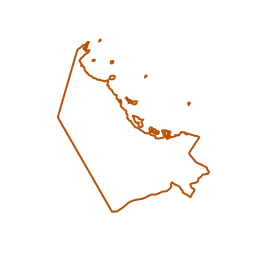 outline of Abu Dhabi, rotated 52°
{"feature_id": "ARE-349", "entity_name": "Abu Dhabi", "entity_type": "Emirate", "adm_level": 1, "iso_a3": "ARE", "parent_name": "United Arab Emirates", "parent_adm1": "", "projection": "robinson", "projection_center": [53.623, 23.935], "detail": "fine", "context": "isolated", "style": "outline", "palette": "amber", "viewbox_px": 256, "rotation_deg": 52, "n_neighbors": 0, "source": "natural_earth", "source_scale": "10m", "svg_char_len": 5890}
<svg xmlns="http://www.w3.org/2000/svg" viewBox="0 0 256 256"><g transform="rotate(52 128 128)"><path d="M212.5,91.1L213.1,92.5L213.3,93.5L212.1,94.6L211.8,96.3L211.3,96.9L210.8,97.6L210.9,98.6L211.4,100.7L211.3,103.3L211.5,104.1L211.7,104.4L212.6,105.0L212.9,105.5L213.0,105.9L212.9,108.2L212.6,108.9L211.0,112.0L210.6,112.9L210.7,113.6L211.2,113.9L213.8,114.5L214.6,114.5L216.9,113.5L218.2,114.1L218.8,115.8L219.3,117.9L220.9,120.9L220.4,121.7L217.8,122.3L212.9,124.5L212.1,124.4L211.0,123.5L210.3,123.6L209.6,123.9L208.9,123.9L207.6,123.7L206.2,123.6L205.0,123.9L203.8,124.4L201.8,125.6L200.0,126.3L198.2,126.6L198.0,127.3L198.4,128.2L199.1,128.9L200.6,129.9L201.3,130.9L201.5,132.4L201.7,136.0L201.5,136.7L199.5,139.8L199.2,140.6L197.8,146.7L197.2,147.6L195.6,149.4L194.9,150.7L194.4,152.3L193.5,157.2L192.6,160.2L188.6,167.7L187.3,172.4L187.2,173.8L187.5,180.9L187.0,188.0L184.3,191.9L183.6,192.1L77.5,176.9L76.5,176.6L75.6,175.8L36.1,121.0L35.5,119.9L35.2,118.6L35.4,114.2L35.1,112.4L36.0,111.0L36.0,108.8L35.3,107.1L36.1,106.1L36.5,106.9L37.4,108.3L37.6,109.3L37.6,112.1L37.8,113.8L38.4,114.2L39.0,113.5L39.4,111.3L39.7,111.9L40.1,113.4L40.4,113.9L40.6,114.0L41.0,114.1L41.3,114.0L41.6,113.7L41.5,113.4L42.3,111.3L43.1,110.7L43.9,112.1L44.0,113.1L43.6,116.2L43.6,117.4L44.2,119.8L44.1,122.0L44.2,122.5L44.6,123.5L44.7,123.9L45.1,124.8L46.1,125.1L48.2,125.1L48.7,125.3L49.0,125.5L50.1,126.6L50.5,126.6L50.6,126.3L50.3,126.0L50.3,125.4L51.2,125.3L53.6,125.4L53.8,125.3L54.1,125.4L54.7,126.0L56.0,126.6L58.1,126.3L58.8,126.5L59.2,126.2L59.7,126.5L60.3,126.1L62.5,126.1L63.2,125.8L64.8,124.8L65.6,124.7L66.9,124.7L67.4,124.5L69.0,123.0L70.3,122.6L71.1,122.3L71.8,121.8L72.3,120.7L73.6,120.1L75.5,118.4L76.2,118.0L76.8,117.8L77.3,117.4L77.5,115.1L78.3,114.6L79.1,114.9L79.8,115.6L81.3,117.8L81.7,118.0L82.0,117.6L82.4,117.4L83.4,117.5L85.1,118.0L86.0,118.1L86.5,118.0L87.9,117.4L88.4,117.4L89.3,117.8L92.9,118.1L94.8,117.4L95.0,117.2L95.1,116.8L95.4,116.8L95.6,116.9L95.9,117.4L97.2,118.5L97.9,118.9L99.6,118.1L100.5,118.5L101.3,118.9L102.0,118.8L101.4,118.4L101.2,117.9L101.1,116.8L102.0,116.5L103.1,117.1L104.2,117.9L104.8,118.8L105.4,119.8L105.8,120.0L108.1,120.2L113.4,119.0L113.8,119.0L114.2,119.3L114.8,120.0L115.2,120.3L115.8,120.4L116.4,120.4L116.9,120.1L117.7,120.7L118.5,121.1L119.2,122.2L119.5,122.5L119.8,122.5L120.8,122.5L121.5,122.1L122.7,122.5L124.6,121.4L125.8,121.8L130.9,121.8L132.0,121.7L132.4,121.3L135.0,119.8L137.7,119.3L138.5,118.9L139.4,118.7L140.5,118.1L142.2,117.8L143.5,116.8L144.2,116.0L144.5,115.3L144.9,114.9L147.7,114.1L149.9,112.3L150.3,112.3L150.6,111.7L151.4,111.7L153.1,112.4L153.4,111.9L155.0,110.6L155.8,109.4L157.4,105.9L157.2,104.7L157.3,104.1L158.0,103.8L157.4,103.4L157.4,103.1L158.1,103.1L159.1,103.6L159.7,103.8L159.4,103.1L158.7,102.3L158.6,101.7L160.5,102.5L160.9,103.1L161.1,103.1L161.0,101.8L160.2,101.4L159.1,101.3L158.0,101.1L155.5,99.3L154.6,99.1L154.5,98.8L155.1,98.6L155.6,98.2L156.0,97.7L156.2,98.4L156.6,98.8L156.4,98.3L156.6,97.8L157.1,97.1L157.4,97.1L157.7,98.4L158.6,99.7L159.6,100.5L160.6,100.4L159.7,99.7L160.2,99.7L161.1,100.0L161.4,100.1L161.9,99.2L162.2,99.1L163.7,95.7L163.0,95.4L162.7,95.0L162.9,94.6L163.6,94.4L164.0,94.1L164.1,93.4L164.4,92.8L165.2,92.4L165.2,92.1L164.8,91.8L164.3,90.1L164.5,89.7L163.9,89.1L164.0,88.4L164.4,87.9L166.0,86.7L166.4,85.9L166.7,85.7L168.0,86.4L168.6,86.2L169.3,85.8L169.5,85.1L168.9,84.4L173.4,81.5L175.5,80.0L176.8,78.7L177.6,78.1L179.2,77.6L179.5,78.1L184.7,93.8L185.2,94.7L185.7,95.5L186.5,95.7L187.4,95.8L196.3,95.5L197.4,95.2L198.7,94.7L201.5,93.0L206.1,91.0L207.1,90.3L210.4,91.2L212.1,91.2L212.5,91.1ZM123.8,117.2L121.9,117.0L121.5,116.8L121.4,116.5L122.1,115.8L122.6,115.4L124.1,114.8L124.9,114.0L125.4,113.6L126.1,113.4L126.5,113.4L127.4,113.8L127.7,113.6L128.7,112.8L130.3,112.0L130.7,111.4L130.9,112.0L130.7,112.4L131.3,113.4L132.5,114.2L134.0,114.5L135.2,115.0L135.6,116.4L135.0,117.5L133.7,118.0L132.2,118.0L131.0,117.4L131.1,117.0L130.7,116.4L130.2,116.2L129.8,117.1L130.1,117.4L129.0,118.2L127.6,118.5L126.2,118.3L123.8,117.2ZM108.7,112.0L108.1,111.3L107.5,111.2L106.7,110.8L106.3,111.5L104.1,111.1L102.9,111.4L102.8,111.1L102.9,110.9L103.1,110.2L103.3,110.1L104.8,110.4L105.3,110.3L106.3,109.8L106.8,109.4L108.9,108.5L109.3,108.5L109.7,109.2L110.1,109.5L110.5,109.3L110.6,108.8L110.5,108.2L110.3,107.7L111.9,105.3L112.6,104.7L112.9,105.7L113.9,106.3L113.6,108.2L113.1,108.8L111.4,109.6L110.6,110.2L109.6,110.3L109.0,110.8L109.0,111.3L108.7,112.0ZM76.6,108.9L77.8,107.3L78.8,106.7L79.8,107.0L80.2,107.7L80.5,109.0L80.4,109.8L79.5,111.0L78.0,112.5L77.5,111.9L76.5,109.9L76.6,108.9ZM155.1,104.1L151.1,102.8L151.1,102.0L152.8,100.3L153.4,99.4L153.7,99.4L153.4,100.4L153.7,101.3L154.4,101.9L156.0,102.8L156.8,103.6L156.8,104.1L156.2,104.3L155.1,104.1ZM145.1,113.8L144.6,112.9L143.7,112.5L142.7,112.1L141.8,111.6L141.3,110.3L141.9,109.3L142.8,108.9L143.4,109.4L145.0,111.3L145.4,112.5L145.1,113.8ZM148.2,110.5L147.9,110.8L147.1,111.1L146.6,111.1L146.4,111.0L145.7,110.1L144.7,109.5L144.6,109.2L144.8,108.4L145.1,108.0L145.6,107.6L146.2,107.4L146.8,107.4L147.6,108.9L148.5,110.1L148.2,110.5ZM66.2,98.5L67.1,99.2L67.4,100.4L66.9,101.4L66.4,101.7L65.8,101.3L65.1,100.6L65.0,100.0L65.7,98.8L66.2,98.5ZM150.7,106.7L151.1,107.1L151.2,107.8L150.7,109.2L150.0,109.5L148.9,107.4L148.8,107.1L149.1,107.0L149.5,107.2L150.1,107.5L150.2,107.3L150.1,107.0L149.4,106.6L149.3,106.1L149.8,106.0L150.7,106.7ZM145.9,63.9L146.7,64.2L147.1,65.9L146.5,65.7L146.0,65.7L145.3,64.8L145.9,63.9ZM53.4,112.5L53.9,112.3L54.2,112.9L54.1,113.2L54.2,113.4L53.9,114.1L53.5,114.6L52.9,114.2L53.1,113.8L53.1,113.3L53.4,112.5ZM97.7,81.3L98.5,81.4L98.6,82.3L98.5,83.2L98.2,83.0L98.1,82.7L97.8,82.3L97.6,81.6L97.7,81.3ZM41.6,95.2L42.1,95.6L42.3,96.1L41.9,97.3L41.7,97.1L41.6,96.4L41.7,96.1L41.6,95.9L41.4,95.9L41.4,96.2L41.2,96.0L41.1,95.5L41.5,95.2L41.6,95.2Z" fill="none" stroke="#b45309" stroke-width="2"/></g></svg>